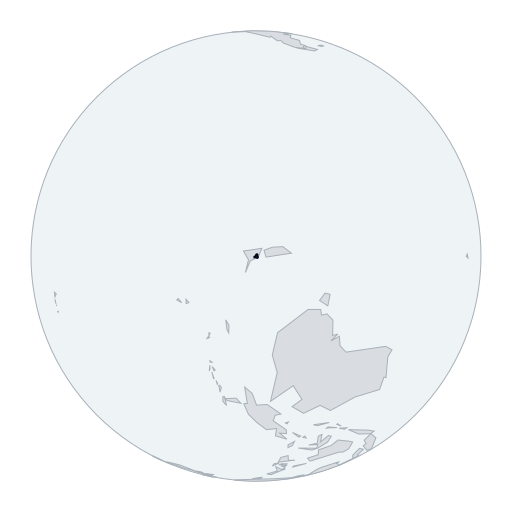 the Earth from above Taranaki, rotated 228°
{"feature_id": "NZL-3405", "entity_name": "Taranaki", "entity_type": "Regional Council", "adm_level": 1, "iso_a3": "NZL", "parent_name": "New Zealand", "parent_adm1": "", "projection": "orthographic", "projection_center": [174.624, -39.283], "detail": "fine", "context": "on_globe", "style": "filled", "palette": "ink", "viewbox_px": 512, "rotation_deg": 228, "n_neighbors": 0, "source": "natural_earth", "source_scale": "10m", "svg_char_len": 5118}
<svg xmlns="http://www.w3.org/2000/svg" viewBox="0 0 512 512"><g transform="rotate(228 256 256)"><circle cx="256" cy="256" r="225" fill="#eef3f6" stroke="#a8b0b8"/><path d="M276.3,167.8L276.5,169.4L276.2,169.6L276.3,167.8ZM397.0,431.7L397.9,430.7L403.1,425.9L399.1,428.5L402.7,424.7L396.8,429.5L395.2,427.5L387.0,432.6L383.9,430.9L378.4,433.9L379.9,432.1L379.6,430.8L377.1,431.5L385.2,424.4L396.0,418.8L399.4,418.7L401.6,415.9L409.6,414.1L409.2,412.7L422.7,403.5L429.8,398.3L438.8,387.7L426.2,403.6L412.2,418.3L397.0,431.7ZM361.5,82.2L360.1,79.2L364.0,82.0L361.5,82.2ZM357.2,76.8L358.1,77.9L356.9,76.8L357.2,76.8ZM355.0,75.6L356.6,76.4L354.8,75.8L355.0,75.6ZM352.1,74.5L353.6,75.0L352.1,74.5ZM347.4,72.0L346.1,71.3L347.5,71.4L347.4,72.0ZM369.1,436.8L383.3,425.4L376.5,431.6L378.1,433.5L368.4,439.9L369.1,436.8ZM371.1,442.6L369.2,445.4L367.0,446.7L367.7,445.1L371.1,442.6ZM129.4,69.7L129.2,69.8L128.1,71.0L124.4,74.0L117.5,79.0L122.6,74.6L120.4,76.1L120.7,75.8L129.4,69.7ZM103.8,89.9L103.5,90.9L97.6,97.8L78.5,120.2L67.7,133.8L65.9,137.1L64.7,137.8L58.4,148.4L56.9,157.5L55.4,162.6L47.4,180.5L48.1,176.9L44.8,178.6L40.8,192.5L43.2,194.5L43.8,204.2L40.5,206.5L40.3,198.6L39.2,198.8L41.9,187.3L44.4,178.8L51.2,162.2L59.3,146.1L68.7,130.8L79.3,116.3L91.0,102.6L103.8,89.9ZM112.6,412.3L114.9,411.9L116.1,414.3L112.6,412.3ZM72.6,205.6L76.8,203.3L76.9,204.3L72.6,205.6ZM68.0,205.9L72.5,202.5L67.6,208.5L68.0,205.9ZM74.3,201.3L78.9,196.0L80.9,193.1L80.8,195.1L74.3,201.3ZM65.1,208.5L51.5,222.9L46.8,226.6L47.4,222.1L55.0,213.2L65.1,208.5ZM47.1,222.5L40.6,223.4L35.6,213.1L37.3,208.4L43.3,208.7L42.8,212.2L46.7,213.1L47.1,222.5ZM64.9,185.1L64.4,193.8L56.4,201.0L53.1,203.4L50.7,196.0L52.0,189.6L54.6,186.7L67.4,158.9L71.3,159.0L66.7,169.2L70.1,172.7L64.9,185.1ZM74.7,143.5L68.1,154.7L74.8,141.6L74.7,143.5ZM80.0,132.9L79.3,135.9L78.1,134.4L80.0,132.9ZM63.7,141.5L60.9,145.6L61.8,143.4L66.1,137.1L63.7,141.5ZM93.1,104.1L89.2,110.1L87.2,112.8L87.8,110.4L93.1,104.1ZM248.5,262.7L254.9,265.8L251.6,274.0L245.0,282.2L234.4,284.2L248.5,262.7ZM177.9,285.4L170.9,276.0L180.4,273.5L182.2,282.5L177.9,285.4ZM253.6,256.9L256.2,248.5L250.8,237.1L258.2,247.9L268.1,250.0L257.8,265.5L253.6,256.9ZM124.3,258.6L102.1,291.9L95.3,294.3L92.9,286.5L78.6,271.2L80.4,270.1L74.1,258.5L84.9,235.4L91.4,208.0L102.1,203.6L107.3,186.1L119.9,182.0L118.7,194.2L134.7,196.9L138.3,169.5L155.2,193.8L171.6,201.9L184.6,220.7L181.4,259.0L173.0,268.3L168.2,265.2L165.5,270.0L156.8,270.2L145.6,259.7L143.3,264.6L142.7,254.8L140.6,264.3L133.1,258.4L124.3,258.6ZM217.1,184.3L220.8,185.2L228.8,190.8L222.7,189.6L217.1,184.3ZM267.4,172.2L270.7,175.1L266.3,175.0L267.4,172.2ZM276.2,169.6L271.0,169.6L276.3,167.8L276.2,169.6ZM228.1,167.7L230.5,169.6L229.3,170.2L228.1,167.7ZM226.4,167.0L227.5,164.3L228.2,167.1L226.4,167.0ZM206.5,152.2L208.0,150.8L209.1,151.8L206.5,152.2ZM83.3,199.0L88.6,188.4L92.2,185.7L83.3,199.0ZM203.2,149.4L198.6,149.4L198.7,148.0L203.2,149.4ZM202.8,146.2L201.9,144.3L205.7,148.7L202.8,146.2ZM193.4,142.4L199.4,145.5L192.9,142.8L193.4,142.4ZM190.4,143.1L186.4,141.9L186.5,141.3L190.4,143.1ZM152.2,150.9L166.2,159.9L156.3,161.2L144.8,156.6L138.2,164.9L121.9,168.8L124.8,163.7L122.0,158.5L106.7,162.2L103.6,159.8L108.5,155.1L99.2,156.4L109.3,150.1L114.0,155.8L119.9,147.6L131.4,145.3L143.5,144.5L154.4,148.1L152.2,150.9ZM110.5,166.8L112.3,166.1L111.0,169.1L110.5,166.8ZM178.9,138.2L184.6,141.6L184.1,142.6L181.4,142.2L178.9,138.2ZM156.7,146.2L167.9,137.8L170.8,137.5L163.6,146.1L156.7,146.2ZM164.6,134.1L170.3,134.2L173.7,137.4L172.6,138.5L164.6,134.1ZM89.8,169.5L89.6,171.8L87.2,171.5L89.8,169.5ZM92.8,166.6L100.5,165.0L92.3,168.7L92.8,166.6ZM72.7,172.3L74.5,175.8L80.2,168.7L75.9,176.2L80.4,181.7L79.3,185.7L74.7,179.5L74.1,189.7L71.7,191.4L69.8,184.6L71.9,173.3L74.4,167.7L85.0,158.9L72.7,172.3ZM92.5,160.6L90.7,156.1L92.2,151.6L94.2,153.4L92.5,160.6ZM86.2,146.3L82.5,143.3L78.2,148.4L87.9,134.6L89.7,139.6L86.2,146.3ZM84.6,135.9L80.4,140.5L85.4,133.1L84.6,135.9ZM79.9,139.2L80.5,135.6L83.3,134.0L79.9,139.2ZM86.6,134.7L89.0,127.5L89.5,130.5L86.6,134.7ZM82.0,127.9L86.2,129.7L79.1,132.8L83.4,121.0L86.8,118.1L82.0,127.9ZM130.1,72.0L131.8,70.1L136.2,67.7L133.8,69.7L130.1,72.0ZM152.0,59.4L137.9,66.5L126.9,73.1L128.3,72.8L122.1,78.1L122.4,76.3L133.2,68.5L140.8,64.4L145.9,60.8L154.0,56.6L158.5,53.6L163.3,51.2L161.6,52.8L152.0,59.4ZM160.1,52.5L170.9,47.4L177.2,45.1L176.3,45.7L168.7,48.9L165.8,49.9L160.1,52.5ZM175.4,45.6L174.9,45.8L175.4,45.6Z" fill="#d9dde1" stroke="#a8b0b8" stroke-width="1"/><path d="M256.4,258.3L256.1,258.2L255.9,258.2L255.4,257.8L255.4,257.7L255.2,257.4L254.9,257.2L254.2,257.1L253.7,256.7L253.4,256.4L253.4,256.1L253.4,255.9L253.4,255.7L253.5,255.5L253.6,255.4L254.0,255.3L254.7,254.8L254.8,254.8L255.2,254.8L255.4,254.7L255.5,254.6L255.9,254.3L255.9,254.2L256.0,253.9L256.0,253.7L256.2,253.8L256.5,253.9L256.7,254.0L256.6,254.4L256.6,254.5L256.6,254.9L256.5,255.1L256.4,255.3L256.3,255.6L256.5,255.9L256.6,256.1L256.7,256.3L256.8,256.3L256.8,256.5L257.0,256.8L257.1,257.0L257.1,257.3L257.1,257.5L256.9,257.6L256.9,257.8L256.7,257.9L256.7,258.0L256.4,258.3Z" fill="#0f172a" stroke="#020617" stroke-width="1.5"/></g></svg>